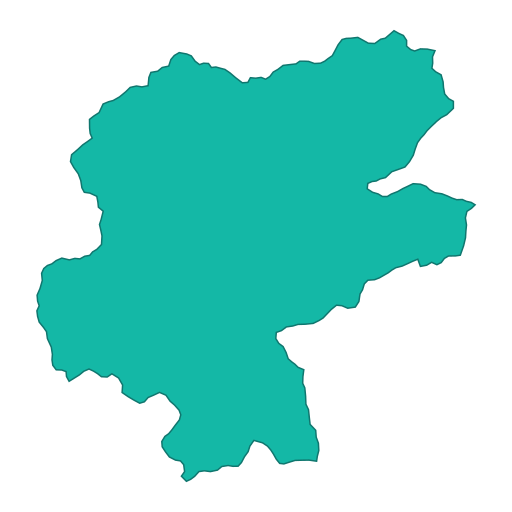 Ouro Fino, Minas Gerais, Brazil
{"feature_id": "56859067B45717322204832", "entity_name": "Ouro Fino", "entity_type": "district", "adm_level": 2, "iso_a3": "BRA", "parent_name": "Brazil", "parent_adm1": "Minas Gerais", "projection": "natural_earth1", "projection_center": [-46.373, -22.267], "detail": "fine", "context": "isolated", "style": "filled", "palette": "teal", "viewbox_px": 512, "rotation_deg": 0, "n_neighbors": 0, "source": "geoboundaries", "source_scale": "gbopen_adm2", "svg_char_len": 3798}
<svg xmlns="http://www.w3.org/2000/svg" viewBox="0 0 512 512"><path d="M89.5,119.4L89.6,128.2L90.2,133.5L92.2,138.1L87.6,141.5L82.8,144.8L77.6,149.6L71.6,154.7L70.5,161.6L73.8,167.5L78.3,173.8L80.8,180.6L81.9,187.8L84.3,192.3L89.9,193.1L96.8,196.3L97.9,202.1L98.4,207.2L103.2,211.2L101.1,219.6L99.5,224.5L100.8,230.1L102.0,235.9L101.5,244.5L96.9,249.3L92.6,251.9L89.7,255.4L84.8,256.2L79.9,258.9L74.8,258.4L69.4,259.9L61.8,258.1L56.1,260.6L51.8,263.9L47.4,265.5L43.8,268.5L41.6,273.3L42.3,280.5L40.0,288.5L37.1,295.2L37.6,301.1L39.2,305.8L36.9,310.8L37.6,316.4L39.2,322.1L43.6,327.5L46.5,331.7L47.4,338.6L51.3,347.1L52.4,354.3L52.0,359.9L52.8,365.3L56.2,369.8L61.7,370.0L66.1,371.6L66.5,376.5L69.1,381.3L75.2,377.5L79.4,374.9L83.9,371.2L89.0,369.0L93.5,371.1L97.5,373.6L101.4,376.7L107.2,377.0L111.9,373.8L118.6,378.0L122.6,385.0L122.1,392.5L128.2,396.7L134.1,400.2L139.7,403.2L144.4,401.8L148.1,397.5L153.5,395.2L159.5,392.4L166.0,395.2L170.1,401.2L174.5,405.0L179.1,410.2L180.8,414.8L179.4,419.9L175.2,425.3L171.7,430.1L168.7,433.7L164.9,436.4L161.8,441.5L162.2,446.8L165.4,451.7L169.4,457.0L175.5,460.1L180.5,460.9L183.7,464.7L184.6,471.6L181.4,476.2L186.4,481.3L190.7,479.3L194.8,476.2L198.9,471.6L204.3,470.8L210.4,471.6L217.5,470.1L221.8,466.5L228.1,465.5L232.9,466.3L238.1,466.2L241.4,462.6L244.5,456.7L248.1,451.7L249.9,446.1L253.9,440.4L262.5,442.8L267.5,446.1L270.8,450.0L273.4,454.0L276.3,459.2L279.7,463.4L283.9,463.9L289.5,462.1L295.1,460.4L302.1,460.2L309.0,460.1L316.6,461.2L317.3,456.4L318.8,450.5L318.4,443.2L316.2,437.2L315.7,430.3L310.1,424.4L309.2,416.5L308.5,409.7L305.9,404.2L305.6,396.2L304.8,387.9L302.7,383.3L302.9,376.7L303.8,369.7L298.0,367.3L294.9,364.2L291.5,361.7L288.2,358.8L286.1,352.5L283.1,346.6L278.8,343.4L275.8,338.6L276.3,332.4L281.5,330.6L286.4,326.9L292.8,326.0L298.0,324.4L305.2,324.2L313.2,323.4L319.1,320.5L323.1,318.0L327.1,313.8L331.2,309.5L336.5,305.2L341.9,305.7L347.7,308.2L355.3,307.1L358.9,301.5L360.0,294.0L362.5,289.8L364.3,283.9L367.9,280.2L374.6,279.7L379.5,277.8L383.3,275.6L388.2,272.8L391.8,270.1L395.8,267.7L402.1,266.1L407.9,263.5L412.6,261.3L417.8,259.2L420.4,266.4L426.7,265.2L431.6,262.3L436.9,264.7L441.2,262.6L444.4,258.4L448.5,256.0L455.5,255.9L460.3,255.2L463.6,245.8L465.5,237.8L465.9,230.9L466.5,225.0L465.4,217.9L466.9,211.4L471.5,208.3L475.1,204.8L471.2,202.4L466.3,201.3L462.3,199.5L456.7,199.7L452.0,198.1L447.5,196.0L441.9,193.8L434.8,192.7L429.4,189.6L426.2,186.4L420.5,184.2L413.1,183.7L407.1,186.6L403.0,188.5L397.8,191.5L391.2,194.1L387.3,196.5L382.4,196.5L378.1,193.9L372.6,192.3L367.2,188.8L367.8,183.4L372.1,181.5L376.2,181.0L380.2,178.9L385.5,177.6L391.8,171.7L400.9,168.5L405.0,167.0L409.5,161.6L413.3,155.2L415.1,149.3L417.5,142.7L420.7,138.2L424.0,134.7L427.1,130.6L431.2,126.5L436.6,121.4L441.1,117.7L446.7,114.7L453.4,108.3L453.4,101.3L448.7,98.7L444.7,94.0L443.5,87.5L443.1,81.9L441.1,74.8L435.7,71.8L431.9,68.3L432.7,63.2L432.5,56.8L435.0,50.7L427.2,49.1L420.4,48.9L414.7,51.0L410.7,49.6L406.6,46.2L406.6,40.4L403.4,35.5L398.8,33.4L394.0,30.7L389.4,34.7L385.3,38.2L380.7,39.2L374.8,43.5L368.3,43.2L363.1,40.3L357.8,37.4L350.9,38.2L346.2,38.4L342.1,39.5L338.1,44.8L334.7,51.3L332.3,55.7L328.2,58.5L324.7,61.2L320.5,63.2L314.4,63.5L308.6,61.4L304.3,61.2L299.8,61.2L296.0,63.9L289.8,64.6L283.1,65.4L277.9,69.4L273.2,72.1L269.9,76.5L265.6,79.2L261.1,77.4L255.7,78.2L250.4,77.7L247.9,82.4L242.3,82.8L235.6,77.7L230.0,72.9L224.9,69.4L220.6,68.3L215.9,67.0L211.4,67.5L208.5,63.5L203.6,63.2L199.5,64.6L195.1,61.2L191.3,55.9L186.8,54.0L179.2,52.6L174.3,55.5L170.9,59.5L168.7,66.1L162.2,67.5L157.7,71.2L150.9,72.4L148.9,77.4L148.1,85.7L141.9,86.9L136.5,86.0L130.2,87.4L125.7,91.8L119.5,96.9L113.2,100.5L108.7,101.7L103.1,104.0L99.1,112.6L93.7,116.1L89.5,119.4Z" fill="#14b8a6" stroke="#0f766e" stroke-width="1.5"/></svg>